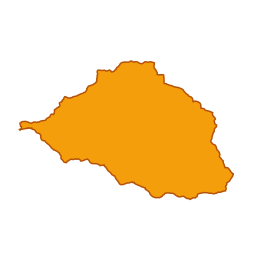 Pipirig, Neamt, Romania, rotated 184°
{"feature_id": "2599482B8235674515864", "entity_name": "Pipirig", "entity_type": "district", "adm_level": 2, "iso_a3": "ROU", "parent_name": "Romania", "parent_adm1": "Neamt", "projection": "robinson", "projection_center": [26.056, 47.218], "detail": "fine", "context": "isolated", "style": "filled", "palette": "amber", "viewbox_px": 256, "rotation_deg": 184, "n_neighbors": 0, "source": "geoboundaries", "source_scale": "gbopen_adm2", "svg_char_len": 5772}
<svg xmlns="http://www.w3.org/2000/svg" viewBox="0 0 256 256"><g transform="rotate(184 128 128)"><path d="M139.7,192.1L140.6,190.9L140.7,190.2L142.0,188.7L142.0,188.4L143.2,187.6L144.0,186.6L143.9,185.8L145.7,184.2L145.9,183.6L146.6,183.2L147.7,182.9L148.0,182.7L148.6,183.1L149.1,183.8L150.4,184.5L151.4,184.0L153.9,183.3L155.4,184.0L158.0,183.5L160.1,183.7L161.5,183.7L162.4,183.3L162.4,182.9L162.7,182.2L162.3,180.3L162.0,179.7L162.5,178.0L162.2,176.8L162.5,175.8L162.6,174.3L162.3,173.0L162.4,172.8L162.8,172.3L162.7,171.9L162.7,171.6L164.4,170.0L165.6,169.2L166.2,168.6L168.8,167.6L170.4,167.0L171.8,164.4L171.9,164.1L171.7,163.5L172.0,162.7L173.0,161.1L173.5,160.6L174.5,160.3L175.2,159.6L175.7,159.4L178.2,158.4L179.0,157.7L179.7,157.5L181.2,156.6L181.6,156.2L182.3,156.0L183.0,156.0L183.8,155.6L184.9,155.4L186.0,154.4L187.1,154.3L187.9,153.7L189.5,153.8L190.2,154.0L190.6,154.2L191.9,154.4L192.1,154.7L192.4,154.9L193.3,154.8L193.7,154.0L194.0,153.7L194.4,152.0L195.7,151.0L195.5,150.3L195.5,149.9L198.0,148.5L198.2,147.9L197.5,145.8L197.6,145.1L198.0,144.5L198.3,144.3L198.6,144.3L198.9,143.8L200.4,143.0L201.7,141.6L202.5,141.2L202.7,140.9L202.5,140.3L202.6,140.0L202.4,139.1L202.7,138.4L202.7,137.4L203.2,136.3L203.5,136.2L203.8,136.4L204.6,136.6L205.4,136.5L206.2,135.5L206.3,135.0L207.0,133.4L207.9,133.1L208.3,132.7L210.0,131.6L210.9,129.9L211.3,129.8L213.8,129.3L215.6,128.8L217.5,127.6L218.5,127.7L219.9,127.1L220.9,127.5L222.6,127.3L224.4,126.2L225.3,126.1L225.9,126.1L226.7,126.3L227.4,126.7L231.0,127.5L231.9,127.2L233.5,127.1L234.5,126.7L234.8,126.5L235.3,125.7L235.6,125.5L235.8,125.1L236.1,125.1L235.2,122.2L234.4,121.9L234.4,119.8L236.2,119.0L235.6,118.3L235.0,119.0L231.8,119.9L228.5,120.6L228.1,120.7L228.2,121.0L226.8,121.2L226.7,120.9L225.1,121.0L224.6,120.7L224.1,120.5L223.9,120.9L224.0,121.2L223.9,121.2L223.6,120.8L223.6,120.7L223.6,120.4L223.4,120.1L221.4,119.8L221.1,119.6L220.5,119.1L219.8,117.9L218.6,116.9L218.1,116.7L215.9,116.2L215.1,115.4L214.7,114.7L214.3,114.2L214.3,113.9L214.5,112.5L213.6,110.6L213.1,110.0L212.0,109.5L209.9,109.3L209.7,108.9L209.0,108.1L208.2,107.7L208.0,107.2L205.2,105.4L204.7,104.7L203.9,104.0L203.0,102.7L201.6,102.0L200.8,101.0L200.0,101.0L199.8,100.8L197.2,99.9L195.7,98.7L195.1,98.5L194.8,98.0L194.6,97.9L194.3,97.3L193.1,95.7L192.8,95.1L192.8,93.5L192.7,92.8L190.5,90.9L190.0,90.1L189.2,89.3L186.9,89.2L186.6,89.9L186.5,90.4L186.2,90.6L185.4,90.9L185.1,91.3L182.7,92.9L180.3,92.7L178.4,93.7L177.9,93.3L176.9,93.2L175.8,93.6L174.8,93.6L173.6,92.9L172.9,91.8L172.2,91.8L170.8,92.2L169.3,93.0L167.8,93.6L166.7,94.2L165.7,93.8L164.5,92.8L164.3,92.6L164.1,91.9L163.6,91.2L162.0,90.2L161.0,90.0L157.8,90.2L155.9,90.1L155.3,89.7L154.5,89.4L153.3,88.5L152.2,88.9L150.9,89.0L149.3,89.5L149.0,88.5L148.2,87.7L147.4,87.5L147.0,86.9L146.9,86.5L145.6,85.1L145.6,84.7L143.9,83.2L142.7,82.6L141.2,80.8L140.7,80.3L139.3,79.7L139.1,79.4L137.9,79.2L137.7,78.9L136.8,76.9L134.8,74.6L134.3,74.3L134.1,73.7L133.4,73.2L133.2,72.6L132.8,71.9L131.7,71.1L130.8,71.0L128.9,71.3L126.8,72.2L125.3,73.0L123.1,73.3L120.0,74.5L119.4,74.3L119.1,73.8L119.0,73.7L117.9,74.1L117.5,73.2L116.2,72.5L112.9,71.3L111.2,70.9L110.4,70.3L108.9,70.1L107.6,69.5L106.6,69.5L106.4,69.2L106.5,68.3L106.4,68.1L103.7,66.6L102.1,65.3L101.5,63.9L101.0,63.1L98.8,61.3L96.3,60.5L95.6,60.4L93.6,60.7L92.4,60.6L91.4,60.8L89.1,62.3L88.9,63.1L88.3,63.6L87.3,64.1L86.7,65.4L83.7,66.1L80.3,65.9L79.1,66.0L78.1,65.7L77.1,65.4L76.3,64.6L75.0,63.9L72.9,62.9L70.9,63.0L70.2,63.2L69.4,63.6L67.6,63.7L64.5,61.8L62.3,61.8L61.3,61.1L59.7,61.9L58.8,62.6L57.9,63.0L55.8,63.0L55.3,63.9L54.4,64.3L54.2,65.0L53.9,66.7L53.6,67.0L52.9,67.4L50.2,68.2L47.7,68.9L47.0,68.8L45.1,69.0L42.5,68.6L40.0,68.7L38.7,68.4L38.0,68.4L36.3,68.8L35.1,69.2L34.6,69.5L33.8,70.3L32.5,70.2L31.3,70.4L27.8,71.9L27.5,71.8L27.2,72.0L26.4,72.1L26.4,72.4L25.9,73.7L25.9,74.7L26.1,75.4L26.6,76.1L26.6,76.4L26.5,76.9L25.8,77.7L25.5,79.1L25.7,80.1L23.3,81.9L22.4,83.3L21.4,85.4L20.9,86.0L20.4,87.1L19.8,89.0L20.2,89.4L20.0,89.8L21.3,90.5L22.1,91.2L22.7,92.0L22.9,92.5L23.7,93.1L24.2,94.0L25.4,95.1L26.2,95.3L28.6,95.3L28.6,96.0L29.0,96.6L29.7,98.5L30.0,98.8L30.5,99.9L30.7,101.6L30.9,102.0L32.0,102.7L33.8,104.9L34.3,105.2L34.7,105.6L34.8,106.2L34.6,106.9L34.5,107.9L35.3,110.1L36.5,111.4L36.9,112.0L37.8,112.5L38.3,114.2L38.5,114.4L38.7,115.3L39.7,116.9L40.0,117.1L41.8,117.7L42.3,118.0L44.2,119.8L44.5,120.3L44.4,121.5L43.6,123.2L43.6,123.5L43.7,124.5L43.5,125.1L43.4,126.1L43.1,126.7L43.0,127.7L42.8,128.1L42.8,129.0L41.7,130.5L41.8,131.8L41.7,133.0L41.3,133.8L40.0,135.3L39.8,136.0L39.9,137.2L40.9,137.5L41.8,138.5L41.9,139.3L42.6,141.1L42.3,141.8L41.6,142.6L41.4,143.1L42.0,143.8L42.2,144.5L42.4,144.7L43.6,145.5L44.0,146.1L44.8,147.8L44.8,148.5L44.6,149.2L45.9,149.6L46.9,150.1L48.4,150.4L50.4,150.9L51.4,150.9L52.5,151.4L53.2,152.4L56.0,152.9L56.8,153.1L56.8,154.9L57.0,156.0L57.3,156.9L58.0,157.9L58.5,158.3L60.6,159.2L61.6,159.4L63.6,159.5L64.0,159.3L64.5,158.7L64.8,158.7L64.9,158.8L65.7,161.9L67.1,163.3L68.9,163.8L69.9,164.4L70.1,164.6L70.5,165.4L71.5,165.7L72.2,166.2L74.9,168.7L75.5,169.7L76.3,170.4L78.0,171.0L78.8,171.4L79.5,171.5L81.7,172.1L82.6,171.9L83.3,172.2L84.8,172.3L87.3,173.2L90.0,173.7L92.4,174.4L92.8,174.8L94.3,174.9L95.0,175.2L95.3,175.8L95.3,177.6L95.5,178.8L95.5,180.1L95.9,181.3L96.0,183.0L96.4,183.5L99.7,183.4L100.9,183.1L101.5,183.1L102.6,183.4L102.7,183.7L102.6,184.4L102.8,185.3L104.3,187.8L106.3,190.1L106.4,191.5L106.2,194.0L106.3,194.8L109.5,195.6L111.5,195.4L112.6,194.9L114.7,195.3L115.4,195.3L115.9,195.1L117.5,193.7L118.9,193.0L121.4,193.5L122.5,194.2L123.6,194.7L126.3,194.4L127.3,194.1L128.3,194.8L129.7,195.0L130.4,194.8L130.7,194.3L131.4,193.9L132.6,193.7L136.3,193.5L138.5,192.9L139.7,192.1Z" fill="#f59e0b" stroke="#b45309" stroke-width="1.5"/></g></svg>